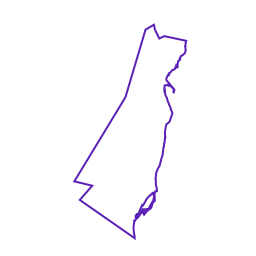 90, Al Wakrah, Qatar (orthographic projection), rotated 12°
{"feature_id": "91078587B10284648984722", "entity_name": "90", "entity_type": "district", "adm_level": 2, "iso_a3": "QAT", "parent_name": "Qatar", "parent_adm1": "Al Wakrah", "projection": "orthographic", "projection_center": [51.614, 25.13], "detail": "fine", "context": "isolated", "style": "outline", "palette": "violet", "viewbox_px": 256, "rotation_deg": 12, "n_neighbors": 0, "source": "geoboundaries", "source_scale": "gbopen_adm2", "svg_char_len": 3021}
<svg xmlns="http://www.w3.org/2000/svg" viewBox="0 0 256 256"><g transform="rotate(12 128 128)"><path d="M86.6,191.4L88.6,191.4L105.0,191.9L95.8,208.4L157.4,234.4L157.2,233.8L156.8,232.0L155.3,228.6L154.6,226.0L153.9,223.1L153.6,217.9L153.4,217.5L154.1,217.5L154.3,216.4L155.0,215.3L156.7,212.7L158.4,208.6L158.3,208.0L158.7,207.6L158.8,207.6L159.0,207.9L159.3,207.9L159.3,207.5L159.1,207.4L159.0,207.1L159.7,207.1L159.8,205.8L160.4,205.6L160.4,204.5L160.8,204.5L160.8,204.1L159.3,204.5L159.6,205.5L158.6,206.0L158.5,207.4L158.2,207.5L157.8,208.0L157.5,208.2L156.9,210.4L156.5,210.8L156.3,211.9L155.7,212.2L155.6,212.7L154.9,214.5L154.1,214.1L153.8,212.7L154.5,212.7L154.3,212.3L154.3,210.4L155.6,209.9L156.2,209.3L157.3,202.6L157.7,201.9L157.9,200.4L158.6,200.8L158.8,200.1L159.2,199.7L161.0,193.4L161.4,193.0L162.2,191.2L162.9,190.4L163.7,189.3L163.8,188.6L164.6,188.4L165.5,186.3L165.7,186.2L166.4,186.0L167.3,188.9L167.8,189.4L167.7,194.5L167.3,194.9L165.4,200.8L165.8,201.6L165.8,201.9L165.3,202.7L163.0,203.4L163.2,205.3L163.0,205.6L161.9,206.0L161.9,207.1L161.2,206.7L161.5,209.4L161.9,209.4L162.1,208.6L162.5,208.2L163.2,206.4L164.3,204.9L165.4,203.4L166.6,202.3L167.3,201.2L167.7,197.1L168.2,194.5L169.0,194.3L169.2,194.2L169.2,193.0L168.3,189.3L168.0,189.2L167.7,187.1L167.9,184.1L169.4,183.8L169.2,182.3L168.1,179.7L167.8,179.3L166.7,176.7L166.7,175.6L165.6,172.2L164.9,165.9L165.6,161.8L166.4,159.2L166.7,158.9L167.2,148.8L167.5,148.1L167.3,145.7L167.1,142.5L166.8,141.3L166.7,140.3L166.8,139.3L167.1,138.6L166.7,136.8L166.5,136.1L166.5,135.6L166.7,135.4L166.8,134.6L166.6,132.5L166.2,131.4L166.3,130.8L166.6,130.3L166.3,130.0L166.0,128.8L166.3,128.6L165.7,127.2L165.2,125.2L164.9,123.6L164.8,121.3L164.7,118.6L164.8,117.3L165.0,116.2L165.5,115.5L165.8,115.2L166.4,114.5L167.0,113.6L167.3,113.0L167.6,111.9L167.7,110.1L167.9,108.2L168.2,106.4L168.4,104.7L168.1,103.8L167.7,103.3L167.2,102.6L166.9,102.0L166.3,101.3L165.8,100.3L165.3,99.1L164.5,98.1L163.9,97.3L163.2,96.4L162.9,95.6L162.2,94.8L161.6,93.9L160.8,92.7L160.4,91.7L160.0,90.8L159.2,89.9L158.3,88.7L157.7,87.7L157.2,86.7L157.0,85.8L157.0,85.3L157.3,85.2L156.3,85.3L156.2,85.2L156.0,84.5L156.2,84.2L156.4,84.2L156.1,82.9L155.6,83.1L155.4,82.8L155.0,78.7L156.2,78.3L157.4,77.9L158.3,78.1L158.0,77.7L157.8,77.6L158.7,76.3L164.9,80.8L164.9,83.3L165.2,83.6L165.4,83.3L165.4,80.8L156.1,73.6L155.5,73.0L155.3,72.1L155.3,71.0L155.6,69.4L156.2,67.8L157.0,67.9L157.1,67.4L156.5,67.1L156.8,65.7L157.6,65.3L159.7,61.7L160.4,61.7L162.0,60.0L161.7,59.6L161.7,58.5L161.8,58.3L163.7,58.4L163.9,58.2L163.7,57.1L162.2,57.1L162.2,55.9L163.3,55.9L163.2,52.2L163.4,51.5L164.1,51.3L164.6,50.7L164.7,50.0L164.1,48.9L164.4,48.6L164.7,48.2L164.8,46.5L165.5,46.0L166.2,45.6L167.0,44.4L167.9,43.3L168.2,42.0L168.1,41.2L168.2,40.9L168.3,40.5L168.1,39.4L167.4,37.3L167.3,36.6L166.8,36.3L166.9,35.6L167.0,34.7L166.8,33.3L166.7,32.0L166.8,30.6L144.4,30.6L140.0,34.0L133.9,26.2L131.9,21.6L124.7,28.1L119.1,98.4L86.6,191.4Z" fill="none" stroke="#5b21b6" stroke-width="2"/></g></svg>